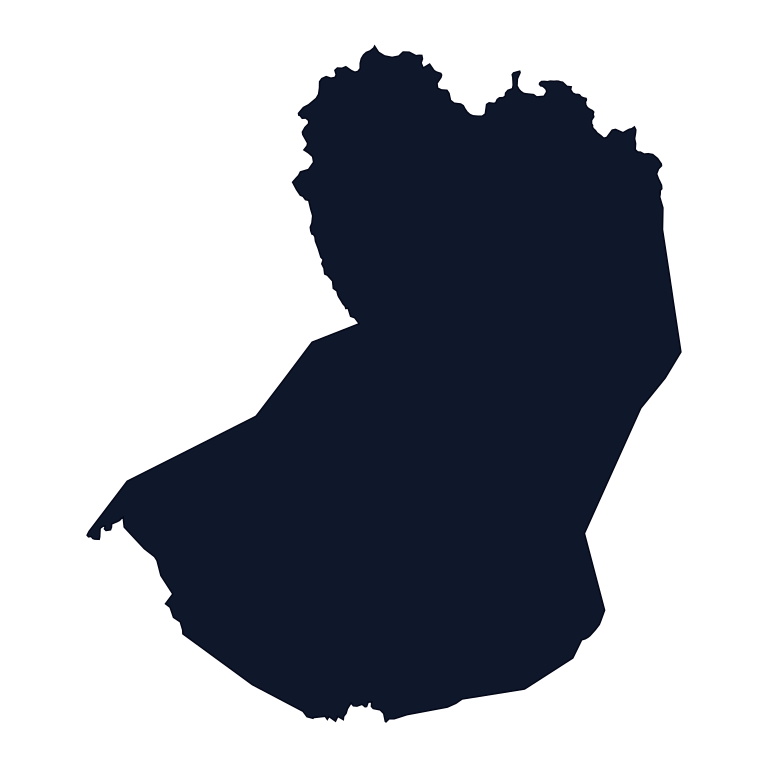 San Simón Zahuatlán, Oaxaca, Mexico
{"feature_id": "50627088B58043403570664", "entity_name": "San Simón Zahuatlán", "entity_type": "district", "adm_level": 2, "iso_a3": "MEX", "parent_name": "Mexico", "parent_adm1": "Oaxaca", "projection": "robinson", "projection_center": [-97.999, 17.838], "detail": "fine", "context": "isolated", "style": "filled", "palette": "ink", "viewbox_px": 768, "rotation_deg": 0, "n_neighbors": 0, "source": "geoboundaries", "source_scale": "gbopen_adm2", "svg_char_len": 3938}
<svg xmlns="http://www.w3.org/2000/svg" viewBox="0 0 768 768"><path d="M581.7,639.8L582.9,639.5L585.2,638.8L588.0,637.2L590.0,635.6L595.3,629.7L599.3,624.5L600.8,620.7L604.6,610.2L584.4,533.4L640.8,408.1L665.2,378.0L680.9,352.0L675.7,317.5L674.9,312.3L674.6,310.2L673.7,304.2L673.4,302.3L672.7,297.5L671.2,287.1L670.6,283.4L670.1,279.7L669.5,275.7L662.5,229.6L662.9,207.8L659.7,196.9L660.2,194.0L660.3,190.4L661.8,188.8L661.5,185.2L659.5,180.9L658.6,179.2L656.6,173.9L658.6,168.7L661.5,165.8L661.3,163.9L657.6,158.5L652.7,154.5L648.2,153.7L644.1,154.1L640.5,152.1L637.7,152.0L635.2,149.5L635.6,143.5L634.6,138.6L635.5,133.2L635.8,129.8L634.4,126.9L631.7,128.8L629.5,129.2L627.6,130.1L623.0,132.7L615.5,129.4L612.2,130.1L606.7,137.5L603.7,138.2L600.9,135.7L596.9,132.7L595.4,130.5L593.3,128.6L592.4,126.9L592.6,125.4L591.5,123.6L591.6,120.1L593.8,116.8L593.1,114.2L593.7,112.0L592.4,110.6L589.5,109.1L587.3,107.5L585.8,105.0L585.4,101.7L586.2,100.6L586.4,99.3L586.0,98.4L583.6,97.9L581.2,96.9L579.5,94.8L577.9,94.4L575.5,94.4L572.7,93.0L570.6,89.6L571.2,86.8L567.0,86.4L562.6,82.2L560.6,81.9L558.4,81.2L556.6,81.1L554.0,81.3L550.3,81.1L547.4,81.7L544.7,81.4L541.6,81.5L539.8,82.9L539.4,84.1L540.6,85.8L542.5,86.1L544.5,87.6L546.2,89.5L546.7,91.9L544.0,96.3L536.6,96.9L533.6,94.6L526.1,93.8L523.5,93.3L520.6,91.2L518.9,89.3L517.0,85.8L517.4,78.8L520.1,72.6L519.7,71.2L516.6,72.0L513.5,72.9L512.2,74.7L512.8,77.3L513.2,85.1L512.5,88.7L507.9,90.3L505.6,93.0L505.2,96.2L503.1,97.6L499.4,97.8L497.2,99.5L495.7,102.9L493.6,103.4L489.1,102.8L486.6,104.4L485.3,113.9L482.2,116.2L477.7,116.2L473.0,115.8L469.9,114.5L467.1,112.0L464.9,108.8L463.3,105.7L460.7,104.0L454.1,103.2L450.5,100.3L449.0,93.3L447.0,90.3L441.4,89.9L437.6,88.1L437.0,83.3L441.0,77.4L441.6,75.0L440.8,73.4L436.4,72.0L434.0,70.5L429.6,64.1L423.2,68.0L421.1,62.9L422.5,58.9L421.8,55.4L419.1,55.3L416.0,55.7L409.3,52.2L403.1,52.0L398.8,56.1L392.1,57.4L384.5,55.9L378.5,52.2L374.6,46.1L373.7,48.0L370.1,50.9L366.3,52.4L363.5,55.0L361.3,58.7L360.2,63.3L360.2,68.5L357.9,71.4L354.9,72.2L351.3,70.6L345.8,66.7L342.0,68.3L337.4,68.0L334.9,70.3L336.2,74.7L335.0,77.4L330.9,78.2L326.2,76.6L321.8,78.6L319.6,81.7L319.5,87.9L318.6,94.3L316.2,98.4L308.7,104.7L303.4,107.5L298.5,113.3L298.8,115.2L300.1,115.5L302.2,118.3L305.7,118.0L308.6,120.5L308.7,123.6L305.0,127.4L302.4,132.0L302.8,134.6L307.6,143.1L307.1,145.8L303.9,149.9L308.4,152.8L311.9,155.9L312.7,156.6L312.8,157.6L313.6,162.2L308.5,169.5L300.4,171.9L298.6,175.5L296.0,178.3L292.6,182.2L296.6,189.7L300.3,195.2L303.0,196.3L305.5,199.7L308.7,200.3L310.7,208.9L312.7,215.8L311.9,223.1L310.3,227.2L310.8,230.9L311.9,234.0L313.6,234.6L314.9,236.8L315.5,241.3L318.3,248.7L320.9,257.2L323.2,259.6L321.8,263.9L324.0,268.2L324.7,274.0L327.4,275.2L332.6,281.0L333.3,288.4L336.9,290.9L338.0,295.3L338.8,297.0L341.1,300.6L342.9,303.7L345.2,306.3L345.8,308.5L348.1,308.2L350.6,316.3L354.6,317.7L355.3,318.5L359.2,323.7L312.1,342.2L283.0,380.9L257.9,413.8L257.5,414.3L255.9,416.3L188.6,450.3L127.2,481.2L89.1,531.3L87.1,535.2L88.5,536.8L91.3,536.5L92.8,538.5L94.7,539.1L97.2,539.2L99.2,539.3L99.7,536.9L100.1,528.3L103.2,526.1L104.8,526.1L105.0,527.4L104.4,528.9L106.0,530.5L110.5,529.8L111.5,527.1L111.6,524.0L117.8,521.3L119.5,520.4L120.7,519.2L121.5,518.2L122.6,518.1L123.2,517.4L124.2,527.1L144.3,548.7L154.5,556.6L157.0,560.5L160.9,575.6L172.8,594.0L165.5,603.8L170.1,607.3L173.5,617.4L180.3,621.9L182.7,630.0L182.9,633.9L252.4,684.7L303.0,711.3L307.0,716.7L313.0,718.3L313.3,717.6L325.2,716.3L327.3,719.4L329.0,716.5L335.5,721.2L337.8,716.4L343.3,719.6L343.6,716.5L346.1,713.2L347.4,708.8L351.0,703.0L353.4,705.8L357.0,706.1L362.1,704.3L365.1,706.8L366.6,706.5L368.2,702.1L371.7,702.0L371.4,706.4L373.2,708.5L380.2,709.9L383.7,713.5L385.3,721.4L386.0,721.9L389.1,718.8L394.1,718.8L399.8,717.0L406.9,714.7L447.4,707.1L455.9,703.3L462.1,699.0L524.6,689.0L572.8,658.0L581.7,639.8Z" fill="#0f172a" stroke="#020617" stroke-width="1.5"/></svg>